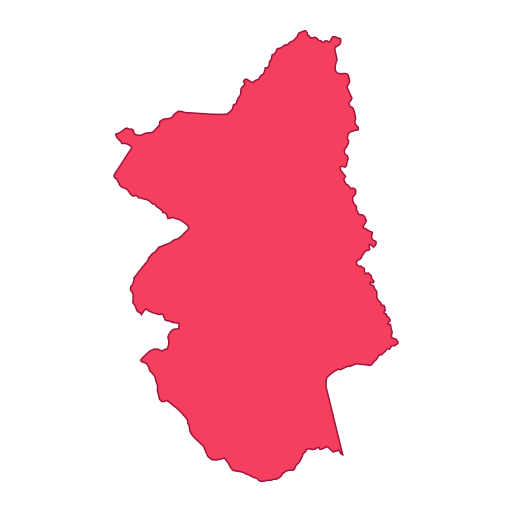 Monte do Carmo, Tocantins, Brazil
{"feature_id": "56859067B13428701772069", "entity_name": "Monte do Carmo", "entity_type": "district", "adm_level": 2, "iso_a3": "BRA", "parent_name": "Brazil", "parent_adm1": "Tocantins", "projection": "mercator", "projection_center": [-48.031, -10.736], "detail": "fine", "context": "isolated", "style": "filled", "palette": "rose", "viewbox_px": 512, "rotation_deg": 0, "n_neighbors": 0, "source": "geoboundaries", "source_scale": "gbopen_adm2", "svg_char_len": 6035}
<svg xmlns="http://www.w3.org/2000/svg" viewBox="0 0 512 512"><path d="M340.5,38.6L338.4,38.1L334.8,36.7L332.7,36.8L331.5,38.5L330.4,41.0L329.0,42.0L327.3,40.9L325.0,40.9L323.7,42.3L321.9,41.9L320.8,40.6L318.7,40.5L317.4,38.7L316.0,37.8L314.6,37.2L312.7,37.9L310.0,37.6L309.2,35.9L307.5,35.0L307.1,32.7L305.5,30.7L303.6,31.1L299.3,32.8L297.8,34.7L297.3,36.6L294.4,39.6L293.4,41.0L291.6,41.3L290.2,42.1L288.6,43.4L287.5,45.1L286.0,44.7L284.1,45.4L282.1,47.1L279.9,48.2L278.1,48.5L276.8,49.2L276.2,51.4L273.9,54.3L272.1,54.9L271.3,59.4L270.0,60.8L269.3,62.9L268.9,66.4L267.3,67.7L265.3,67.8L265.0,69.6L263.6,74.0L261.8,74.9L260.3,76.2L258.4,79.3L256.3,80.1L254.3,81.1L253.3,82.5L251.1,81.9L246.9,79.3L245.3,79.2L244.0,80.4L243.6,81.8L244.7,83.2L244.3,84.8L243.0,86.4L241.6,87.7L240.9,89.5L240.8,92.1L240.5,94.6L239.4,96.5L238.2,98.0L237.6,99.7L236.8,101.0L236.8,102.6L236.0,103.8L234.6,104.3L233.2,105.2L233.0,107.1L232.5,108.8L230.9,111.0L226.9,114.2L220.1,114.4L210.8,114.2L188.2,112.7L185.7,112.7L180.6,111.2L178.3,111.4L176.8,112.3L174.0,114.4L172.8,116.4L171.5,117.8L167.5,118.8L165.9,118.8L163.5,119.2L161.7,120.2L159.8,121.6L159.3,125.6L158.1,126.6L153.8,131.2L152.2,132.4L146.3,133.1L144.1,133.7L142.6,134.7L140.7,135.3L136.7,135.0L135.2,134.4L134.1,133.2L133.6,131.9L133.4,130.3L131.9,129.2L128.4,129.0L127.0,128.1L125.4,128.5L124.3,129.5L119.4,132.9L115.7,134.2L116.0,135.7L117.6,138.5L121.0,141.7L121.7,143.5L125.5,143.4L127.5,144.2L130.6,145.9L131.8,147.6L117.8,169.3L115.1,173.1L114.0,175.8L114.6,177.8L116.5,179.0L117.7,180.6L118.1,182.2L119.2,183.3L119.6,185.1L121.0,186.5L122.9,187.6L126.3,188.7L128.6,191.3L129.9,193.3L131.6,195.2L133.0,196.1L134.7,195.6L137.1,195.8L138.3,197.7L140.0,197.8L142.2,198.5L146.8,199.6L149.1,200.7L152.6,203.9L154.9,204.1L156.4,206.4L160.3,209.1L162.1,210.6L162.8,212.5L164.6,212.7L166.2,213.7L167.1,216.0L167.9,218.5L169.8,218.4L171.3,217.6L173.4,217.6L175.3,218.5L178.8,219.4L180.8,220.4L183.1,221.8L188.1,225.8L188.7,228.3L187.5,230.0L186.0,231.6L184.4,232.8L183.1,234.6L181.1,236.4L177.8,238.8L173.5,240.2L170.4,242.8L158.5,247.4L157.8,248.8L156.7,249.9L155.6,251.6L154.2,252.6L152.4,253.6L148.5,258.1L148.4,259.7L145.8,263.2L144.5,264.4L143.6,266.0L142.3,267.1L140.6,269.8L139.4,270.7L137.4,273.7L133.7,278.3L134.2,279.8L132.3,285.1L130.8,286.5L130.4,289.8L131.7,291.6L132.6,293.2L133.2,295.0L133.2,298.2L132.8,302.6L135.4,306.2L136.2,309.1L136.9,310.5L138.0,311.8L140.0,312.7L141.4,314.7L143.8,311.1L145.1,309.5L147.2,309.3L148.3,310.7L151.9,312.3L158.1,314.3L160.1,314.5L161.5,314.1L163.1,314.4L163.6,316.3L165.2,320.1L167.6,320.8L169.7,321.0L171.5,322.0L173.5,322.5L177.1,323.0L179.2,323.7L178.8,328.6L176.5,329.1L174.3,329.1L172.4,329.9L170.1,332.3L168.5,335.3L168.0,336.8L168.1,338.5L168.8,340.4L168.7,344.3L167.9,347.3L167.0,349.0L165.0,349.3L163.8,350.1L161.9,350.9L160.0,350.2L158.2,349.3L154.5,349.0L149.7,351.1L142.3,358.0L140.6,360.3L141.6,361.7L145.6,363.1L147.1,364.3L148.2,366.1L150.0,371.2L151.2,372.0L155.1,376.7L155.4,379.0L157.4,385.4L157.6,387.0L157.4,390.5L159.2,397.9L159.7,399.5L161.9,401.6L164.3,401.5L166.6,400.5L168.7,401.6L172.7,405.1L176.7,408.1L180.9,412.1L185.2,417.0L187.5,420.0L187.9,423.6L189.0,425.2L190.0,431.3L191.5,434.3L195.3,438.6L202.6,445.4L204.0,447.0L204.5,448.6L207.2,455.0L208.1,456.6L211.3,459.4L213.1,459.9L216.0,459.9L220.1,459.3L224.4,458.1L228.6,463.6L229.5,465.6L231.7,469.1L233.3,470.5L242.0,472.0L244.7,473.1L246.3,474.2L249.2,474.9L250.6,475.9L254.2,477.7L256.2,478.1L257.9,479.1L258.8,480.4L260.8,481.3L263.9,481.2L267.5,480.3L271.7,480.2L272.9,479.4L276.5,479.1L278.3,478.2L281.1,476.1L283.1,473.1L286.9,470.7L290.7,470.1L292.7,470.3L294.2,469.5L295.2,467.5L295.8,465.6L298.5,463.0L300.3,460.5L302.2,456.5L303.1,453.7L305.8,451.5L306.3,449.6L308.9,448.7L312.5,449.6L315.1,449.0L317.3,447.7L319.2,447.6L319.8,449.3L321.4,449.3L324.9,447.7L326.1,446.8L328.1,447.2L333.1,452.1L335.4,451.2L337.2,450.8L338.9,450.2L340.7,453.5L342.7,454.7L326.0,386.6L326.3,379.4L326.9,377.5L331.2,373.6L334.6,371.1L338.5,369.1L340.4,369.7L346.8,366.7L348.5,366.2L350.3,366.3L351.8,365.4L353.4,365.0L354.9,364.2L357.5,363.8L360.9,364.4L363.7,364.5L369.9,365.4L371.8,364.6L374.4,361.0L376.2,359.8L377.6,357.7L378.4,355.4L381.5,354.8L385.4,351.1L387.4,348.5L389.4,349.3L391.6,345.8L394.2,345.8L395.9,344.9L397.8,343.5L398.0,341.9L396.8,340.1L395.1,338.8L392.4,338.2L391.3,336.2L392.2,332.2L390.9,328.1L390.9,326.3L390.3,324.4L388.0,324.1L388.6,322.1L390.1,320.9L389.9,319.3L388.7,317.5L386.7,315.9L386.4,314.1L383.9,313.2L384.1,311.7L385.3,310.4L384.7,308.8L384.9,307.2L383.7,305.3L381.2,305.3L380.9,303.0L377.5,299.3L376.8,297.1L376.8,291.5L374.6,288.7L373.6,285.8L369.8,284.1L370.1,282.2L373.5,282.8L373.8,281.2L371.8,278.8L371.2,275.8L368.2,272.8L365.3,273.9L364.4,271.0L364.4,268.7L361.2,266.2L358.7,266.4L356.8,264.5L356.4,261.3L361.0,258.5L361.8,256.2L365.7,250.7L368.2,250.4L369.7,249.3L369.1,246.6L369.0,244.7L370.7,244.7L373.4,247.1L375.2,245.5L376.0,243.9L376.1,241.6L372.5,239.6L371.6,237.9L371.6,236.1L372.5,232.3L370.1,231.5L367.2,229.8L365.6,228.5L363.7,228.2L363.0,226.9L366.4,220.8L364.5,216.3L362.8,215.1L358.6,214.2L357.6,211.6L356.3,209.9L356.5,206.5L353.8,203.5L352.7,200.2L352.7,197.3L355.6,193.7L355.8,190.8L355.2,189.4L353.5,188.1L350.5,188.4L348.2,185.3L345.8,183.8L343.8,179.4L344.4,178.0L345.6,176.4L340.5,170.0L340.1,167.2L341.8,166.3L345.0,167.1L346.5,165.6L346.9,162.7L348.2,158.4L347.2,155.7L345.6,154.5L344.5,153.2L344.3,151.5L344.8,149.0L346.6,146.8L348.3,143.3L348.7,140.9L347.2,138.2L348.4,133.4L351.0,131.6L358.3,129.7L358.2,127.2L356.3,125.3L355.0,123.6L354.8,121.4L355.4,119.8L355.6,118.0L354.5,112.1L353.4,109.0L352.3,107.4L350.5,106.6L349.3,105.4L349.0,102.8L351.3,99.9L352.0,98.1L349.3,92.7L348.4,90.0L347.1,87.8L347.4,86.1L349.2,82.7L349.6,81.2L349.0,77.7L348.3,75.3L347.1,74.0L345.6,73.5L339.8,73.7L338.3,73.4L336.5,72.3L335.5,70.6L335.2,68.9L335.5,64.2L336.8,60.5L336.9,58.8L334.7,49.1L335.7,47.0L338.4,45.4L339.6,44.4L340.4,43.1L340.8,41.0L340.5,38.6Z" fill="#f43f5e" stroke="#9f1239" stroke-width="1.5"/></svg>